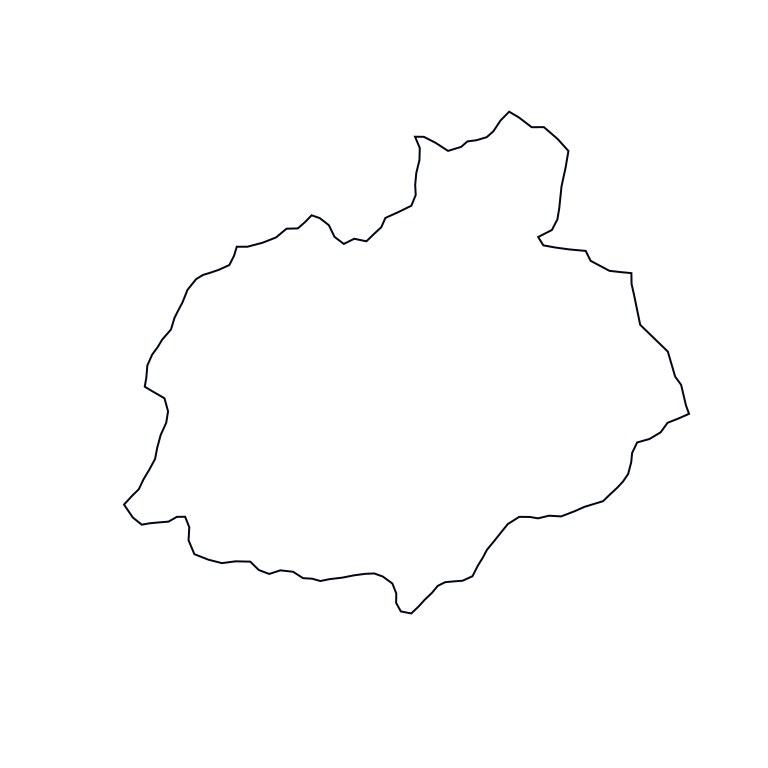 outline of Itamogi, Minas Gerais, Brazil, rotated 163°
{"feature_id": "56859067B20753929477862", "entity_name": "Itamogi", "entity_type": "district", "adm_level": 2, "iso_a3": "BRA", "parent_name": "Brazil", "parent_adm1": "Minas Gerais", "projection": "mercator", "projection_center": [-47.045, -21.076], "detail": "fine", "context": "isolated", "style": "outline", "palette": "ink", "viewbox_px": 768, "rotation_deg": 163, "n_neighbors": 0, "source": "geoboundaries", "source_scale": "gbopen_adm2", "svg_char_len": 2062}
<svg xmlns="http://www.w3.org/2000/svg" viewBox="0 0 768 768"><g transform="rotate(163 384 384)"><path d="M667.9,344.7L663.2,329.7L656.8,320.3L648.7,319.3L640.0,317.5L630.3,315.4L620.9,317.5L613.0,315.2L612.1,303.9L616.6,291.7L615.1,276.7L603.1,267.2L591.4,260.1L577.7,257.8L563.8,253.2L558.2,242.8L549.3,235.9L537.6,236.1L525.8,231.0L518.2,222.0L509.6,218.8L502.5,214.2L493.1,213.3L480.4,211.0L468.6,209.8L457.2,207.9L448.8,205.7L441.5,200.3L434.3,190.7L433.5,180.1L436.4,171.1L434.4,161.6L425.0,156.6L415.8,161.2L408.1,165.8L399.3,170.2L391.7,175.2L383.5,176.6L374.8,174.8L366.4,172.9L355.6,174.3L347.2,183.0L340.0,189.3L334.1,195.3L324.0,202.0L315.4,207.9L306.5,213.9L293.5,217.4L283.3,214.2L276.0,210.5L264.7,209.8L253.3,205.6L238.9,206.6L228.4,207.9L218.7,207.9L208.8,207.9L200.0,212.4L191.5,216.5L183.9,220.9L176.8,226.6L170.4,237.0L166.9,245.5L159.0,254.1L146.3,253.8L133.6,256.9L124.2,264.0L112.8,264.9L101.0,266.3L101.5,275.3L100.1,296.3L103.4,305.9L103.1,332.0L121.7,365.7L118.8,396.5L118.0,407.3L115.0,417.7L124.7,421.7L135.3,426.3L150.4,441.4L152.2,452.3L167.4,458.5L180.4,464.5L191.1,470.0L193.6,479.5L178.4,482.2L170.0,490.8L164.9,501.1L156.5,521.0L147.1,537.8L139.5,552.9L146.3,567.5L156.0,582.9L167.7,586.4L177.1,599.5L184.7,607.8L195.4,602.0L205.5,593.7L213.6,590.0L224.4,590.1L233.3,591.6L240.9,588.2L254.6,588.2L264.3,599.7L273.6,608.7L282.0,611.4L280.8,599.2L284.6,587.8L291.4,576.4L296.0,565.2L298.4,555.5L305.7,546.5L320.0,544.2L334.1,542.4L340.8,534.7L348.9,530.8L359.1,525.6L370.0,531.6L381.5,529.7L388.3,539.2L390.3,552.0L397.0,561.5L403.9,566.5L412.0,562.0L420.9,558.0L431.8,561.0L444.5,555.7L458.8,554.6L474.5,555.2L484.7,558.3L489.8,550.6L497.1,543.0L508.5,541.5L517.7,541.2L525.4,541.2L533.0,539.2L544.4,531.5L552.8,521.0L559.1,514.7L565.0,508.5L571.8,498.4L583.3,491.2L589.7,485.4L597.1,479.9L604.9,470.9L609.5,459.4L613.6,451.4L607.4,444.5L598.1,434.5L598.5,421.0L603.6,410.6L612.5,400.5L619.6,389.2L624.8,379.3L633.7,370.5L642.1,362.9L649.2,355.1L657.8,350.6L667.9,344.7Z" fill="none" stroke="#020617" stroke-width="2"/></g></svg>